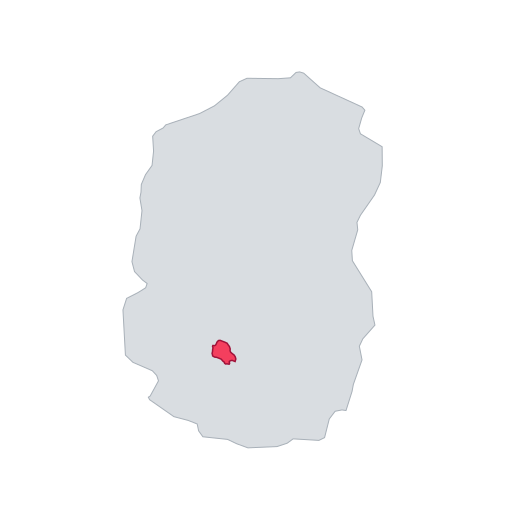 where Oslomej sits in North Macedonia, rotated 291°
{"feature_id": "MKD-2956", "entity_name": "Oslomej", "entity_type": "Statistical Region", "adm_level": 1, "iso_a3": "MKD", "parent_name": "North Macedonia", "parent_adm1": "", "projection": "natural_earth1", "projection_center": [21.026, 41.576], "detail": "fine", "context": "in_parent", "style": "filled", "palette": "rose", "viewbox_px": 512, "rotation_deg": 291, "n_neighbors": 0, "source": "natural_earth", "source_scale": "10m", "svg_char_len": 1767}
<svg xmlns="http://www.w3.org/2000/svg" viewBox="0 0 512 512"><g transform="rotate(291 256 256)"><path d="M231.7,137.0L239.8,138.0L257.5,133.3L268.6,126.8L274.2,125.8L281.7,123.3L292.4,123.7L303.3,126.5L317.2,122.8L330.8,116.6L336.3,118.2L342.2,123.4L346.1,124.8L368.8,152.3L381.3,163.4L395.9,171.8L412.7,178.0L418.7,183.9L429.5,213.2L434.7,224.3L441.7,227.6L443.5,230.8L443.8,235.0L436.0,255.6L433.1,301.7L431.1,305.4L422.8,305.2L411.7,306.2L407.5,309.7L403.2,334.6L385.4,341.6L369.2,345.7L355.5,344.8L331.5,338.9L323.6,338.2L316.9,341.6L295.5,343.4L286.1,347.7L264.1,376.8L241.7,386.8L234.1,391.8L217.0,385.4L208.8,384.8L197.0,392.2L171.0,392.9L164.0,394.2L144.0,395.4L143.1,391.4L139.4,385.5L130.1,382.8L111.0,385.1L106.4,380.8L98.6,356.2L92.4,352.2L85.6,343.9L74.0,317.2L73.8,305.4L74.6,295.2L68.2,271.2L72.2,265.1L78.1,261.3L78.2,251.6L76.6,236.9L83.7,208.2L85.6,206.1L87.4,207.4L104.5,209.7L108.9,206.1L111.7,200.4L112.6,179.3L116.7,169.6L158.0,151.1L170.1,150.4L179.5,158.9L186.8,164.4L191.3,164.2L192.9,158.7L197.9,148.2L206.3,142.2L231.4,137.0L231.7,137.0Z" fill="#d9dde1" stroke="#a8b0b8" stroke-width="1"/><path d="M157.0,247.8L157.5,249.5L158.4,250.2L159.9,250.4L161.5,250.4L163.6,251.2L164.4,252.7L164.4,255.0L164.4,257.9L164.2,260.4L163.3,261.5L162.0,263.6L160.0,265.2L158.3,265.7L157.1,266.8L156.5,268.4L155.7,271.1L154.4,272.8L152.6,274.1L150.0,274.3L150.0,272.6L150.0,271.1L149.2,269.8L148.1,268.9L147.4,269.0L146.5,269.8L145.5,269.8L145.2,269.0L144.9,267.4L144.3,266.5L144.4,265.9L144.6,265.1L145.4,264.6L146.1,262.5L147.2,260.6L147.3,258.5L147.3,255.5L146.8,253.7L147.0,252.1L147.2,251.3L148.0,250.9L149.3,249.9L151.4,249.6L153.3,249.0L154.8,248.8L156.1,247.8L157.0,247.8L157.0,247.8Z" fill="#f43f5e" stroke="#9f1239" stroke-width="1.5"/></g></svg>